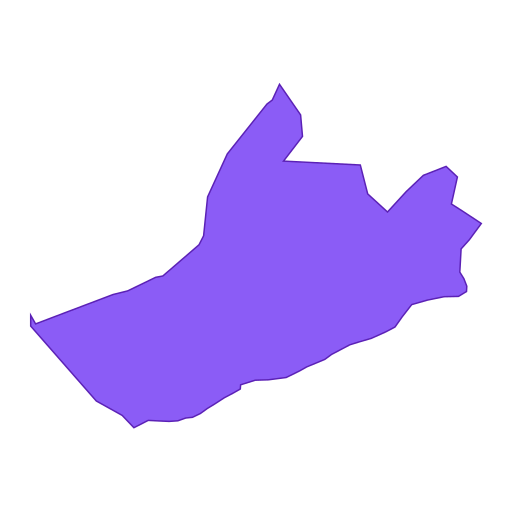 outline of Chinaz, Tashkent, Uzbekistan
{"feature_id": "79887680B87312828707789", "entity_name": "Chinaz", "entity_type": "district", "adm_level": 2, "iso_a3": "UZB", "parent_name": "Uzbekistan", "parent_adm1": "Tashkent", "projection": "natural_earth1", "projection_center": [68.814, 40.98], "detail": "fine", "context": "isolated", "style": "filled", "palette": "violet", "viewbox_px": 512, "rotation_deg": 0, "n_neighbors": 0, "source": "geoboundaries", "source_scale": "gbopen_adm2", "svg_char_len": 990}
<svg xmlns="http://www.w3.org/2000/svg" viewBox="0 0 512 512"><path d="M133.9,427.7L148.2,420.4L150.4,420.5L160.3,421.0L169.1,421.4L177.9,420.8L185.8,418.0L192.5,417.3L200.4,413.5L207.3,408.5L215.3,403.6L224.4,397.7L233.5,392.9L240.3,389.0L240.6,384.8L255.2,380.2L268.4,379.8L286.2,377.5L299.8,370.8L306.7,366.9L324.8,359.4L331.6,354.4L340.7,349.6L349.8,344.8L358.8,342.0L371.2,338.4L385.9,331.8L395.0,327.0L402.2,316.8L411.7,304.6L427.4,300.1L444.1,296.7L458.5,296.4L466.5,291.5L466.8,286.2L463.9,278.7L459.8,272.1L460.4,261.6L461.1,248.9L469.3,239.8L481.3,223.5L462.2,210.9L451.4,204.0L457.4,177.0L446.1,166.4L423.4,175.3L406.3,191.5L387.5,212.0L367.7,193.9L360.3,165.0L283.5,161.1L302.5,136.4L300.6,114.9L279.5,84.3L272.3,100.0L267.0,104.0L227.3,153.9L207.6,196.9L203.7,234.9L203.6,235.8L199.0,244.8L162.8,276.0L155.7,277.3L127.6,290.9L113.1,294.5L66.9,312.0L35.6,323.9L30.7,315.3L30.7,326.1L96.3,401.0L122.2,415.4L133.9,427.7Z" fill="#8b5cf6" stroke="#5b21b6" stroke-width="1.5"/></svg>